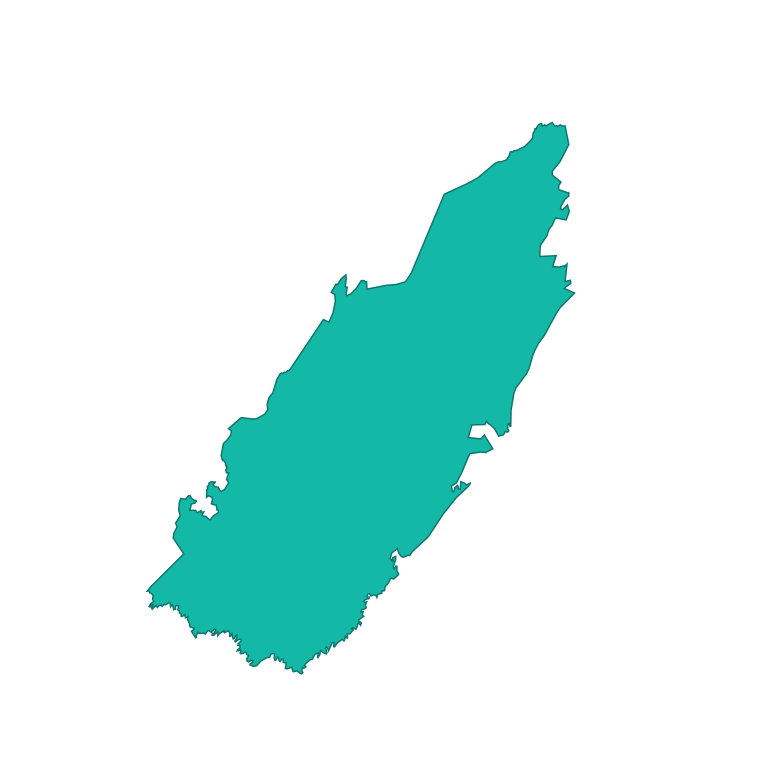 the district of Amatas pag., Amatas, Latvia, rotated 116°
{"feature_id": "27541924B93502282845700", "entity_name": "Amatas pag.", "entity_type": "district", "adm_level": 2, "iso_a3": "LVA", "parent_name": "Latvia", "parent_adm1": "Amatas", "projection": "robinson", "projection_center": [25.362, 57.163], "detail": "fine", "context": "isolated", "style": "filled", "palette": "teal", "viewbox_px": 768, "rotation_deg": 116, "n_neighbors": 0, "source": "geoboundaries", "source_scale": "gbopen_adm2", "svg_char_len": 6139}
<svg xmlns="http://www.w3.org/2000/svg" viewBox="0 0 768 768"><g transform="rotate(116 384 384)"><path d="M522.5,285.2L501.7,277.2L475.5,273.9L454.4,269.2L439.2,263.4L434.7,262.7L438.1,265.1L438.6,266.5L437.8,268.1L438.2,272.2L445.2,269.3L445.6,271.3L443.4,272.5L443.0,273.7L446.0,274.7L450.1,274.2L450.8,275.4L446.2,278.7L441.2,275.6L430.3,275.3L409.0,276.4L402.6,267.1L401.1,262.7L394.5,257.8L385.9,271.5L390.9,272.9L395.2,284.8L382.2,287.0L376.2,275.6L372.5,275.6L373.9,272.7L374.0,270.4L375.6,265.2L380.6,258.0L377.2,254.3L373.7,254.2L373.1,252.0L372.2,251.4L371.1,251.5L370.1,253.0L367.1,254.7L365.3,254.8L363.8,253.6L366.1,253.1L366.8,252.2L366.4,251.6L351.6,258.4L335.4,263.2L330.0,263.7L312.1,260.4L306.1,260.5L292.6,262.9L286.5,263.2L279.1,262.9L270.2,261.2L245.6,260.1L238.5,259.3L218.7,252.6L219.2,263.7L217.2,263.3L211.7,260.2L209.1,262.0L212.5,266.2L195.9,272.1L199.2,273.2L198.8,274.1L201.9,277.3L204.6,283.9L193.2,285.5L201.1,299.8L192.8,303.6L189.9,304.2L179.6,302.5L172.7,303.5L167.5,302.4L160.4,302.7L159.6,302.6L156.6,292.3L147.8,293.0L142.7,297.6L148.7,299.7L149.3,300.3L149.1,302.2L146.6,302.8L138.8,302.5L134.0,300.3L131.0,301.9L131.6,302.6L132.7,312.3L129.1,313.9L124.9,313.5L122.5,324.3L118.8,326.0L107.0,323.3L87.7,322.9L72.7,334.4L73.9,336.2L73.9,339.2L76.3,340.6L76.1,342.0L77.4,343.6L75.2,347.5L81.1,351.6L80.5,353.2L83.1,354.9L81.0,356.2L80.9,357.0L82.7,358.5L86.8,359.3L87.9,358.9L88.4,360.2L91.1,359.5L92.8,360.0L97.9,358.3L101.5,359.0L108.9,361.7L116.0,367.3L117.7,369.7L118.8,369.7L119.8,372.1L125.4,371.5L127.0,372.2L128.6,371.9L132.2,375.3L134.3,378.6L137.1,380.9L157.7,390.1L168.2,397.6L187.0,413.0L272.7,408.1L282.7,409.5L289.1,416.5L294.6,425.6L306.2,440.9L299.7,444.5L300.6,445.6L299.8,447.1L301.0,449.7L311.2,451.0L317.7,453.4L320.8,456.1L319.8,457.6L313.1,459.4L313.5,461.5L305.8,464.2L302.6,466.1L307.9,468.5L315.2,469.4L315.3,470.9L324.8,471.6L325.1,467.5L330.9,464.0L342.6,461.0L352.5,460.5L352.7,466.7L412.3,474.9L413.8,475.5L414.5,476.7L416.6,477.2L417.1,478.6L419.0,479.4L418.9,480.6L420.3,481.8L426.7,482.3L440.8,480.0L446.5,481.4L453.4,480.2L457.9,477.3L463.1,477.8L471.2,483.3L473.3,487.4L476.8,497.6L492.3,504.2L493.1,500.6L496.8,499.3L503.8,500.6L507.8,502.2L519.7,499.0L523.3,495.8L522.7,495.5L523.8,493.1L524.6,491.8L526.7,490.5L526.5,489.7L528.6,488.2L530.7,488.5L532.9,486.8L532.0,484.6L538.9,483.6L540.6,480.4L548.5,481.0L552.0,483.1L551.9,484.5L549.4,487.7L550.3,490.4L550.1,493.1L548.4,494.0L547.3,492.7L546.1,492.8L547.7,496.5L550.0,497.9L551.6,496.9L553.5,497.9L555.1,496.7L556.9,496.8L563.6,493.8L561.4,492.9L561.3,488.7L562.8,487.6L567.3,486.7L567.2,484.3L566.3,481.8L570.4,479.0L570.1,477.6L572.2,476.4L577.5,479.7L582.1,480.6L582.4,481.8L581.1,486.2L582.0,488.3L581.6,490.1L578.0,490.0L579.6,492.4L578.1,493.0L581.4,495.3L581.2,496.7L580.1,497.9L582.7,503.1L576.4,504.5L573.7,501.6L571.8,501.3L571.0,502.0L571.7,503.0L571.3,506.5L569.4,509.4L570.0,510.7L574.7,512.0L576.0,516.6L580.7,515.9L587.7,513.0L591.7,509.4L600.4,510.3L603.2,507.3L609.8,507.5L614.7,506.1L624.5,489.5L668.6,504.8L673.9,505.9L672.9,504.5L674.5,502.8L674.4,500.3L675.7,498.6L679.0,497.6L680.1,495.6L684.1,497.5L687.0,497.6L687.0,496.7L684.4,496.1L683.5,495.0L684.3,494.5L686.9,495.0L688.0,493.6L682.9,491.8L684.1,489.7L681.7,489.0L680.3,487.2L681.1,486.0L678.8,485.1L677.9,483.3L674.9,481.5L674.8,480.0L677.8,478.2L675.3,477.6L675.7,476.7L679.1,474.1L677.8,472.6L675.8,473.9L674.3,473.7L673.4,471.4L677.2,470.4L677.7,468.5L679.4,467.6L679.7,465.4L681.7,464.5L681.5,463.5L678.5,461.9L681.2,460.0L679.1,458.3L681.6,457.5L684.4,454.1L687.3,452.0L686.8,447.6L687.5,447.1L690.6,448.7L694.7,442.1L693.8,441.6L692.5,442.4L688.6,442.5L689.2,440.7L686.9,436.7L687.0,434.9L683.1,434.4L682.3,432.9L682.9,431.7L682.7,430.3L681.2,430.3L680.6,429.3L679.6,429.7L678.2,428.0L678.9,427.4L682.5,427.4L683.3,429.0L685.1,428.5L684.5,426.9L679.9,425.1L683.1,423.0L679.6,422.7L679.5,421.7L675.9,419.9L675.9,419.1L677.2,419.0L677.5,418.2L674.8,416.5L674.2,415.1L675.9,413.3L678.4,412.0L677.6,411.3L675.1,411.3L679.3,407.8L678.2,406.8L675.1,407.0L673.9,406.2L677.2,404.8L680.5,405.4L680.9,404.5L677.6,402.8L676.2,401.1L676.5,400.1L678.0,399.9L681.2,401.2L682.9,400.8L682.2,398.9L684.3,397.8L686.9,399.1L688.4,398.9L686.0,396.3L686.4,395.6L688.9,395.4L689.3,394.6L687.7,392.3L686.0,391.6L685.8,390.2L687.4,388.9L687.1,387.1L687.8,386.6L691.6,386.9L693.1,385.4L693.2,383.7L690.3,382.2L690.1,380.4L692.0,379.9L694.3,381.7L695.3,381.2L694.9,377.4L693.1,375.0L686.8,373.2L681.3,369.3L679.8,367.0L676.4,367.3L674.8,365.4L674.8,363.9L678.0,362.9L680.1,360.9L679.3,360.0L676.3,360.4L676.2,358.9L678.5,357.2L679.0,355.7L676.0,355.2L675.3,354.4L678.4,352.4L677.5,349.7L682.9,347.9L682.6,346.4L679.0,342.7L682.2,339.8L682.3,339.2L680.0,336.4L680.8,332.5L680.5,330.8L678.9,330.5L677.8,332.3L675.2,332.9L674.3,332.5L674.7,331.6L673.1,330.4L672.0,330.5L671.8,332.1L670.4,332.1L664.2,329.5L662.6,327.6L657.3,327.8L654.6,325.1L659.6,323.6L655.3,323.0L651.6,324.3L651.2,323.8L652.1,321.3L652.0,317.6L650.4,317.5L647.3,320.5L645.8,320.7L645.4,320.4L645.8,319.3L648.1,316.9L639.0,317.2L638.4,315.4L640.8,314.8L642.2,313.8L641.9,313.2L637.7,312.6L632.6,310.1L631.8,309.6L632.5,307.4L632.1,307.1L627.6,308.2L628.7,305.9L628.1,305.5L624.7,307.5L623.5,305.1L618.4,303.8L617.9,304.1L618.4,305.9L617.5,305.9L616.5,304.9L616.8,302.4L616.2,301.5L610.4,302.4L609.8,302.0L611.1,299.3L608.5,299.7L608.2,302.6L606.9,303.3L601.7,300.4L601.1,302.4L597.8,303.0L599.1,304.3L598.8,305.0L596.6,304.9L593.8,302.1L592.7,302.0L591.0,303.8L587.4,304.1L588.8,305.8L588.2,307.2L585.6,306.0L583.4,303.5L582.0,303.9L582.8,305.6L582.3,306.3L579.5,306.3L578.8,305.1L580.2,302.6L578.1,300.9L577.6,298.4L578.9,296.9L576.0,297.4L573.0,294.4L570.7,295.1L570.1,293.4L569.3,293.0L565.7,294.1L561.1,292.9L555.8,292.8L555.1,292.2L555.3,290.4L554.8,289.8L549.1,287.4L548.1,287.7L546.6,290.3L542.0,292.6L542.3,293.4L545.8,293.7L544.5,295.5L537.2,296.4L533.8,297.9L536.5,300.1L537.8,299.8L538.7,298.3L539.8,298.6L538.3,302.0L532.4,302.9L526.0,299.9L529.9,296.1L531.4,293.0L531.3,290.8L527.5,287.4L526.6,285.6L522.5,285.2Z" fill="#14b8a6" stroke="#0f766e" stroke-width="1.5"/></g></svg>